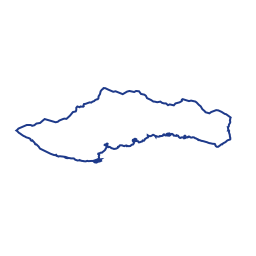 outline of Tafunsak, Kosrae, Federated States of Micronesia, rotated 214°
{"feature_id": "79324940B50347323269850", "entity_name": "Tafunsak", "entity_type": "district", "adm_level": 2, "iso_a3": "FSM", "parent_name": "Federated States of Micronesia", "parent_adm1": "Kosrae", "projection": "orthographic", "projection_center": [162.944, 5.328], "detail": "fine", "context": "isolated", "style": "outline", "palette": "blue", "viewbox_px": 256, "rotation_deg": 214, "n_neighbors": 0, "source": "geoboundaries", "source_scale": "gbopen_adm2", "svg_char_len": 5732}
<svg xmlns="http://www.w3.org/2000/svg" viewBox="0 0 256 256"><g transform="rotate(214 128 128)"><path d="M219.1,63.5L218.0,63.5L217.7,63.4L215.8,63.0L213.7,63.1L213.4,63.0L211.1,63.0L210.1,63.0L208.8,63.3L207.6,63.3L206.3,63.6L205.2,64.0L203.8,64.3L202.8,64.3L202.0,63.6L201.0,63.4L200.6,63.6L200.5,64.1L200.4,64.3L199.4,64.0L197.1,63.5L196.0,62.7L195.4,62.7L195.1,63.0L194.9,63.2L194.2,63.1L192.8,62.8L191.9,62.7L189.5,61.7L178.0,63.3L176.7,63.6L174.3,64.2L172.6,65.1L173.4,65.8L172.3,65.5L172.0,65.0L171.5,65.0L170.6,65.4L170.1,65.5L169.8,65.4L169.2,66.1L168.3,66.7L167.8,67.0L167.5,67.1L166.6,67.6L163.6,69.1L162.4,69.4L162.5,69.2L163.5,68.6L163.6,68.4L163.1,68.4L161.9,68.8L161.5,69.0L160.3,70.0L159.2,70.6L158.5,70.8L156.2,72.3L155.7,72.5L155.2,72.5L154.9,72.3L154.0,72.2L151.8,72.8L151.4,73.0L150.4,74.0L150.2,74.4L149.6,74.4L149.4,74.3L149.1,74.6L148.1,74.8L146.4,75.7L145.9,75.8L145.1,76.3L144.3,76.8L143.4,78.0L142.9,78.1L142.1,78.5L139.8,80.3L139.0,80.8L138.5,81.3L136.8,80.9L136.1,81.0L134.7,81.8L134.2,83.1L134.2,83.5L133.7,83.5L132.7,84.5L131.9,85.8L132.2,86.0L133.4,85.0L133.6,85.2L133.0,86.9L134.2,85.9L136.1,83.1L136.9,82.3L137.5,82.5L135.9,84.7L135.2,86.1L135.3,86.8L135.6,87.5L136.2,87.9L136.4,88.2L136.7,89.5L137.1,89.9L138.1,89.7L138.3,90.0L138.3,90.3L137.6,90.9L136.9,92.2L136.3,92.7L136.0,92.8L135.8,93.0L135.7,93.6L135.0,95.8L134.7,97.2L134.7,97.6L135.0,98.3L134.9,99.3L135.2,100.3L135.4,100.5L135.5,100.8L135.8,101.0L136.2,101.2L137.3,100.9L137.9,100.9L137.9,101.3L136.9,102.4L136.9,102.9L136.7,103.4L136.5,103.5L136.1,103.5L135.9,102.8L135.4,102.1L134.3,101.1L133.6,101.1L133.0,101.8L132.6,102.1L130.8,102.1L130.5,102.0L129.2,102.5L128.5,102.6L127.9,102.8L127.2,103.4L126.2,104.4L125.4,105.8L125.4,106.2L125.6,106.4L125.8,106.8L125.6,107.1L125.2,107.3L125.0,107.6L125.1,108.9L124.8,109.3L123.2,110.3L121.7,110.6L120.9,110.9L120.7,111.2L120.6,111.5L120.3,111.9L119.4,112.7L119.1,112.7L119.1,112.2L118.8,112.2L118.6,112.4L118.1,113.0L117.7,113.1L117.0,113.5L116.0,114.4L115.9,115.2L115.6,115.6L115.5,116.1L115.4,116.4L114.6,117.2L114.6,118.6L115.3,120.1L115.7,120.2L116.1,119.9L116.7,119.9L117.1,120.3L117.3,120.9L116.9,121.6L116.3,121.6L116.3,121.3L116.2,121.3L115.7,121.3L115.8,122.0L116.4,122.1L116.4,122.6L116.2,123.0L115.3,123.3L114.7,123.3L114.6,123.2L114.6,122.8L115.0,122.3L114.7,121.7L114.8,120.9L113.7,122.0L112.4,122.6L111.9,122.6L111.1,122.1L110.3,122.7L109.6,123.8L108.8,124.6L108.7,125.4L108.9,125.6L108.9,125.9L108.7,126.0L108.0,126.1L107.6,126.5L107.6,127.8L107.8,128.1L107.7,128.4L106.9,130.4L106.4,131.0L106.2,131.3L106.2,131.6L106.4,132.2L106.9,132.7L107.4,132.7L107.6,133.0L106.8,133.0L106.2,133.2L105.6,133.3L104.6,134.0L104.0,135.0L103.6,136.0L103.4,136.4L102.5,136.6L100.9,136.6L100.2,136.3L100.3,136.5L100.2,137.0L99.2,137.2L98.5,137.5L97.7,138.0L97.1,138.6L97.1,139.2L97.0,139.3L96.5,139.4L94.9,140.9L94.8,141.4L95.0,141.8L95.0,142.3L94.8,142.7L94.6,142.8L94.5,142.5L94.3,142.4L94.0,142.6L93.0,142.7L92.7,142.8L92.5,143.1L92.6,144.5L92.4,145.0L91.8,145.7L90.6,146.7L90.3,146.6L90.3,146.4L91.0,145.5L91.0,144.7L91.4,144.4L91.8,144.4L92.0,144.5L92.2,144.1L92.2,143.8L91.9,143.4L89.4,144.7L89.2,145.1L88.8,146.1L89.1,146.7L89.1,146.9L88.3,147.7L87.8,147.8L87.4,147.7L87.0,147.8L86.5,147.7L86.0,147.3L85.7,147.3L84.6,148.0L83.7,148.3L83.7,149.0L83.6,149.3L83.1,149.3L82.9,149.2L82.1,149.6L81.0,149.0L80.6,149.0L80.3,148.9L79.2,148.9L78.8,149.3L78.8,149.6L78.0,150.5L77.6,150.7L76.7,150.9L76.5,151.0L76.5,151.7L76.8,153.0L76.5,153.5L76.4,153.5L76.5,152.8L76.5,152.4L76.1,151.7L76.1,151.0L75.8,150.8L75.2,151.3L74.9,151.8L74.5,152.5L74.5,152.8L74.2,153.3L74.0,153.5L73.5,153.4L73.0,154.0L72.9,154.2L73.0,154.8L72.9,154.9L72.2,155.2L71.0,155.1L70.4,155.3L69.7,155.8L69.1,156.6L68.0,157.1L66.6,157.1L66.0,157.4L65.1,157.4L64.0,157.7L63.2,157.7L63.0,157.3L62.9,157.3L62.2,157.9L61.5,158.0L60.9,158.3L60.1,158.3L59.2,158.8L57.6,159.4L57.2,159.5L54.5,160.4L53.4,160.6L51.9,161.0L51.2,161.4L49.1,162.2L47.2,163.3L46.6,163.2L45.8,162.4L45.4,162.3L45.0,162.1L43.8,162.1L42.8,162.8L41.9,165.2L41.5,166.5L41.1,167.2L40.7,167.3L40.7,168.0L40.4,168.8L40.1,169.4L39.8,169.8L39.2,171.1L38.8,172.9L38.4,173.7L36.9,175.6L36.9,175.9L37.2,176.4L37.7,176.9L37.8,177.1L38.0,177.4L38.3,177.5L39.1,178.3L39.7,179.2L40.1,179.4L40.6,179.9L41.2,180.3L41.8,180.8L42.6,182.2L43.3,182.3L43.4,181.9L43.6,181.8L43.7,182.7L44.1,182.8L45.2,184.1L45.3,184.4L45.7,184.6L45.4,185.0L45.4,185.4L45.4,185.8L46.2,187.2L46.3,189.6L47.1,190.8L47.6,191.0L47.8,191.6L48.2,192.5L48.3,192.5L48.5,193.2L48.7,193.5L48.8,194.1L54.3,194.3L55.7,193.8L59.4,193.7L63.0,193.1L64.9,192.1L68.0,187.7L68.7,185.7L72.6,184.4L73.6,184.8L76.9,185.2L79.8,186.6L82.2,186.8L85.2,187.5L86.9,187.6L91.0,186.0L92.5,184.4L98.8,182.5L99.2,181.6L98.5,180.7L98.5,180.4L99.6,178.1L102.4,174.9L102.7,172.4L104.0,171.9L106.6,170.9L107.6,169.3L110.3,169.6L112.0,168.5L113.8,167.9L115.9,168.0L118.2,165.7L120.6,164.8L121.8,164.1L124.6,164.1L128.9,163.4L131.2,164.7L133.0,164.8L136.3,163.5L139.4,164.6L142.0,163.2L143.0,161.3L147.5,159.5L149.1,157.7L151.3,153.1L158.8,151.5L160.5,149.8L165.7,148.8L169.1,148.3L170.6,147.4L170.5,146.9L171.1,145.1L171.2,143.1L170.2,140.5L170.1,137.8L169.1,136.0L169.2,134.9L169.3,134.8L170.0,134.2L170.9,132.6L171.1,131.4L172.2,129.9L172.7,128.5L174.0,127.9L174.9,126.8L176.6,124.4L177.9,123.2L177.6,121.9L176.9,121.4L177.0,120.7L178.5,119.7L179.4,119.3L179.7,118.2L180.3,118.1L181.5,117.6L182.0,117.5L182.2,115.9L181.0,114.1L180.6,112.8L180.6,112.5L182.6,110.4L183.0,105.8L184.1,101.2L186.1,100.1L187.1,98.8L189.1,95.8L189.7,93.9L191.2,92.3L202.1,88.8L202.8,86.4L203.7,83.0L206.4,80.5L207.2,77.9L208.7,76.2L209.3,76.3L210.6,75.9L213.6,73.9L218.5,66.3L218.8,64.4L219.1,63.5Z" fill="none" stroke="#1e3a8a" stroke-width="2"/></g></svg>